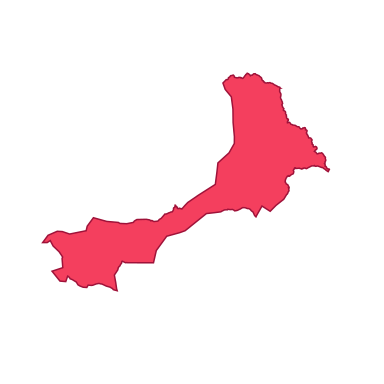 the district of Sagsai, Bayan-Ölgiy, Mongolia, rotated 203°
{"feature_id": "93677404B38379350296710", "entity_name": "Sagsai", "entity_type": "district", "adm_level": 2, "iso_a3": "MNG", "parent_name": "Mongolia", "parent_adm1": "Bayan-Ölgiy", "projection": "mercator", "projection_center": [88.996, 48.517], "detail": "fine", "context": "isolated", "style": "filled", "palette": "rose", "viewbox_px": 384, "rotation_deg": 203, "n_neighbors": 0, "source": "geoboundaries", "source_scale": "gbopen_adm2", "svg_char_len": 5955}
<svg xmlns="http://www.w3.org/2000/svg" viewBox="0 0 384 384"><g transform="rotate(203 192 192)"><path d="M191.8,180.7L193.3,176.7L194.7,172.4L195.4,172.5L196.0,172.2L197.0,172.3L197.6,171.6L198.6,171.2L198.9,171.3L199.5,171.6L199.5,172.2L200.1,172.3L200.5,172.5L201.1,172.3L201.4,172.9L202.0,173.4L202.4,173.3L202.0,171.6L202.0,171.1L202.6,170.4L202.7,169.9L202.2,168.6L202.1,168.0L202.3,166.6L202.5,166.0L203.9,165.1L204.4,164.4L205.4,163.6L205.9,162.9L207.3,161.5L208.3,161.2L210.0,155.8L211.4,153.9L211.8,152.4L212.3,151.7L215.6,149.9L217.7,150.1L218.3,149.8L218.5,149.4L218.9,149.4L219.9,149.8L223.4,149.0L231.8,145.2L232.1,145.0L233.7,142.8L234.1,141.1L239.7,137.3L246.1,134.9L247.9,135.2L259.0,131.6L272.7,129.8L275.1,119.6L274.3,115.0L288.2,105.5L295.9,104.9L300.7,103.2L307.6,95.9L309.7,87.1L305.5,88.9L303.5,91.9L298.7,88.0L291.0,85.1L285.7,81.6L285.6,80.0L281.4,71.9L281.9,71.4L289.9,64.4L278.7,58.4L273.2,60.2L273.6,66.0L273.0,66.0L271.6,65.4L270.5,64.8L270.3,64.5L268.0,64.6L263.3,63.9L260.7,62.0L258.4,61.7L255.0,61.8L251.5,63.0L251.2,65.7L248.1,66.7L246.9,67.4L244.2,70.0L241.9,71.5L239.8,71.8L239.0,72.1L234.1,71.9L231.0,72.3L229.9,72.4L228.7,72.1L227.7,72.1L227.1,71.9L226.5,71.4L225.7,71.4L222.3,71.9L223.6,73.5L226.8,78.8L231.0,85.2L229.9,91.2L230.1,92.7L230.3,93.1L230.3,93.4L230.2,93.6L230.1,94.3L230.1,94.7L229.5,95.7L229.5,97.0L229.4,97.8L229.0,98.6L229.2,99.8L229.4,100.5L229.4,100.8L228.9,101.1L225.7,100.9L225.4,101.0L224.8,101.3L224.5,101.6L223.7,101.7L199.8,111.8L202.0,124.2L198.0,141.4L187.4,149.8L183.2,153.7L170.3,177.8L163.0,181.9L157.7,185.0L157.1,185.9L155.1,188.2L153.5,189.0L152.5,189.4L152.3,190.1L150.0,190.7L147.8,191.8L146.0,191.6L145.5,191.3L144.1,192.0L143.5,192.6L142.9,192.9L141.9,194.2L141.3,194.7L139.3,197.4L137.0,198.3L134.5,198.4L133.2,198.9L131.8,198.8L129.8,197.8L128.2,197.5L127.2,196.7L125.4,195.0L124.1,194.3L123.4,194.1L123.3,196.0L122.1,206.4L112.5,204.8L109.4,212.6L104.7,221.2L103.9,226.7L103.5,227.3L103.4,228.0L103.5,229.9L103.2,230.8L103.4,231.5L103.9,232.1L104.6,233.4L104.7,233.5L104.2,233.7L104.3,234.0L104.7,234.5L106.4,235.8L106.8,236.2L108.3,236.2L109.1,237.0L109.9,237.4L110.4,238.2L110.3,238.5L110.6,239.0L110.8,240.0L110.7,240.5L110.8,241.3L110.5,242.8L110.5,243.5L110.4,243.8L110.0,244.2L109.7,244.1L109.3,244.3L109.2,244.6L109.0,244.4L108.6,244.5L108.1,245.2L107.5,246.5L107.0,247.2L106.0,248.2L105.9,248.7L106.1,249.5L106.1,250.2L106.5,250.9L107.1,251.3L107.2,251.6L107.2,252.1L107.1,252.7L106.6,253.4L107.0,253.6L107.0,254.1L106.9,254.4L106.1,254.7L105.5,254.4L105.0,254.5L102.5,255.9L101.6,255.8L100.5,256.1L99.8,256.0L99.5,256.7L99.0,256.9L98.9,257.4L98.4,257.5L97.7,258.1L97.3,258.2L96.0,258.1L95.3,258.7L94.8,259.5L91.9,262.9L90.3,263.5L89.8,264.2L89.3,264.1L88.9,263.8L87.9,264.1L86.9,264.9L85.8,265.1L82.3,265.2L81.5,265.5L80.3,265.3L79.4,265.0L78.3,264.9L77.2,264.4L74.6,263.9L74.5,264.3L74.6,265.3L74.3,266.3L74.4,266.6L74.6,266.7L76.6,266.3L77.4,266.8L77.6,267.2L77.9,267.4L78.8,267.9L79.6,267.8L79.9,268.8L80.3,269.4L81.1,269.8L80.9,270.2L80.8,270.6L81.1,271.0L81.1,271.4L81.4,272.1L81.1,273.0L81.4,273.8L82.5,275.1L82.7,276.0L83.3,276.4L83.9,276.6L84.2,276.6L84.5,277.0L86.5,278.3L87.6,278.7L88.1,278.7L89.1,277.8L90.2,277.5L90.6,277.0L91.0,276.4L91.8,276.0L93.4,276.9L94.3,277.1L95.2,277.2L94.7,279.1L94.2,279.5L94.0,279.8L93.9,280.7L94.1,281.3L95.0,282.1L96.2,282.2L96.5,282.0L96.9,281.5L97.7,281.0L97.9,281.0L98.2,281.3L99.0,282.8L99.3,282.9L100.1,282.9L100.2,283.0L100.3,283.3L100.4,283.8L100.6,284.2L101.3,284.7L101.9,285.7L101.7,286.3L102.0,287.1L102.6,287.4L103.0,287.4L103.4,287.9L103.9,288.0L104.6,287.9L105.8,287.4L106.8,288.8L107.5,289.1L107.9,289.7L108.7,289.9L109.0,290.5L109.8,291.0L109.8,292.3L109.9,292.9L110.1,293.5L110.8,293.8L111.8,293.6L112.0,294.3L112.8,295.3L113.7,295.2L114.3,294.5L114.9,294.4L115.1,293.6L115.2,293.4L116.3,292.6L117.4,292.8L118.6,293.6L119.1,293.8L120.5,293.3L121.1,293.3L122.8,293.7L124.5,293.3L125.6,293.0L126.1,293.2L127.4,293.0L129.2,294.2L129.4,294.2L129.6,294.2L131.2,293.0L131.4,293.3L131.4,293.7L131.6,294.0L131.6,294.5L131.6,294.8L131.5,295.2L131.3,295.3L131.3,295.5L131.6,296.3L132.2,296.3L132.5,296.9L133.2,296.6L133.6,296.9L134.0,297.2L134.4,298.3L135.0,298.8L135.1,299.7L135.9,300.1L136.7,300.9L136.9,301.7L137.2,302.2L137.6,302.5L138.4,302.8L139.7,302.8L140.0,303.3L139.9,304.5L140.7,305.0L141.7,305.4L141.8,305.8L142.7,306.6L143.0,307.3L143.4,307.4L143.4,308.0L143.2,308.7L143.2,309.0L143.8,309.6L144.0,310.2L144.6,310.5L145.5,311.6L145.9,312.0L146.4,312.2L147.1,313.0L147.7,314.0L147.7,315.0L147.9,315.3L148.0,316.0L148.5,317.0L149.0,317.5L150.0,318.1L150.3,318.1L150.1,318.2L150.1,318.3L150.3,318.4L150.6,318.7L150.7,319.4L151.0,319.7L151.2,320.1L151.6,321.8L151.3,322.0L151.6,322.0L151.6,322.3L151.9,322.4L152.1,322.7L153.1,322.7L154.0,322.4L154.6,322.7L155.3,322.7L156.7,322.9L157.9,322.8L159.3,323.2L160.5,323.4L162.0,323.0L162.9,323.2L163.8,322.7L164.1,322.3L164.5,322.1L164.9,322.2L165.3,322.0L166.2,321.3L167.5,321.0L168.2,321.5L169.1,321.4L169.3,321.8L169.9,322.2L170.8,322.1L171.2,322.6L171.7,322.9L172.3,323.9L172.7,324.2L173.4,324.5L175.0,324.9L175.8,325.3L177.1,325.2L177.8,325.3L178.4,325.1L179.3,325.3L180.0,325.6L181.4,324.9L182.0,323.6L182.1,323.2L182.9,322.8L183.7,321.8L184.4,322.4L185.1,322.6L185.7,322.7L186.2,323.0L186.6,322.8L187.6,322.9L187.9,321.8L188.4,321.1L188.3,320.6L188.7,319.9L188.7,319.5L189.0,318.3L189.1,317.7L189.3,317.5L189.3,317.0L190.1,316.2L191.4,316.5L191.9,316.4L192.1,316.1L192.3,316.3L192.6,316.3L194.0,315.6L194.1,315.2L195.5,314.5L196.3,314.5L197.2,314.2L197.9,314.3L198.1,314.8L198.6,315.3L199.6,315.8L200.0,315.6L200.9,314.7L201.5,314.5L202.0,314.0L202.0,313.5L202.4,312.4L202.6,311.9L203.1,311.6L202.9,310.4L203.0,309.6L203.3,309.3L204.4,308.8L206.1,304.4L201.5,299.4L193.0,295.0L186.7,284.3L181.3,272.0L174.6,259.5L172.0,253.2L173.2,242.5L179.5,228.9L176.7,219.6L173.5,208.1L184.9,191.5L191.8,180.7Z" fill="#f43f5e" stroke="#9f1239" stroke-width="1.5"/></g></svg>